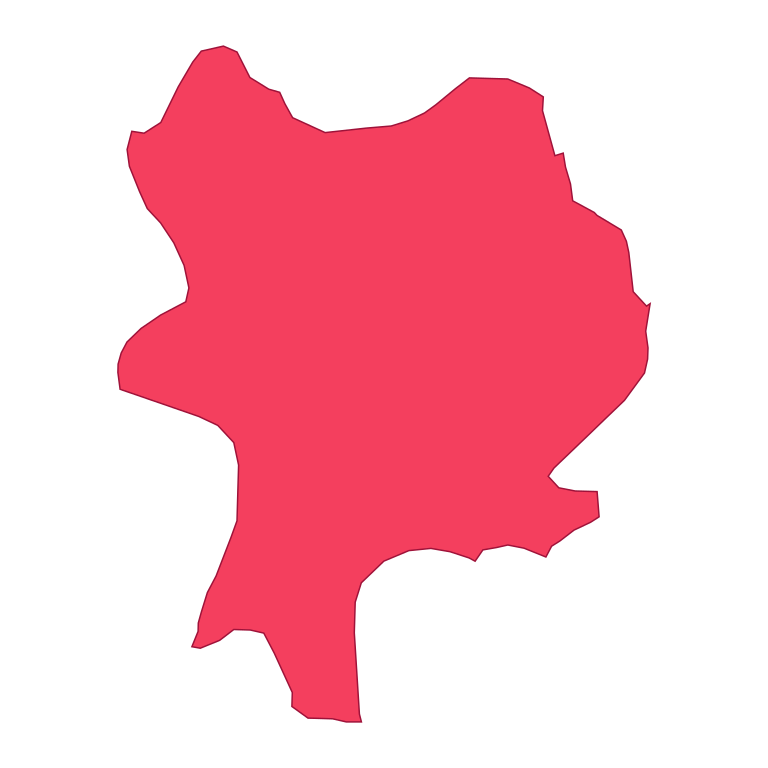 the district of Minuf City, Al Minufiyah, Egypt
{"feature_id": "37247803B55746965305944", "entity_name": "Minuf City", "entity_type": "district", "adm_level": 2, "iso_a3": "EGY", "parent_name": "Egypt", "parent_adm1": "Al Minufiyah", "projection": "robinson", "projection_center": [30.931, 30.462], "detail": "fine", "context": "isolated", "style": "filled", "palette": "rose", "viewbox_px": 768, "rotation_deg": 0, "n_neighbors": 0, "source": "geoboundaries", "source_scale": "gbopen_adm2", "svg_char_len": 1499}
<svg xmlns="http://www.w3.org/2000/svg" viewBox="0 0 768 768"><path d="M545.9,557.0L551.6,546.2L560.0,540.9L574.0,530.1L590.7,522.2L599.1,516.8L597.1,491.6L575.2,491.0L558.8,487.8L548.2,476.3L553.9,468.1L559.5,462.7L570.8,451.9L587.8,435.6L604.7,419.3L624.5,400.3L644.5,373.0L647.6,359.1L648.0,347.9L645.7,331.2L650.1,303.7L646.5,306.1L633.2,291.7L628.8,252.5L626.4,241.3L621.3,230.0L597.0,215.4L594.3,212.5L572.7,200.8L570.5,184.0L565.5,167.1L563.2,153.1L554.9,155.7L542.5,110.7L543.3,96.9L529.4,88.0L507.8,79.0L469.4,77.9L455.4,88.7L435.7,104.9L424.5,113.0L407.8,120.9L391.2,126.0L366.4,128.1L325.1,132.6L292.6,117.7L284.8,103.6L279.7,92.3L268.8,89.2L249.9,77.5L237.0,52.0L223.4,46.1L201.3,51.1L192.8,62.0L178.3,86.7L160.8,122.5L144.1,133.2L131.8,131.3L127.1,149.5L129.4,166.3L139.6,191.7L147.3,208.6L160.6,222.9L173.8,242.8L184.1,265.4L188.9,287.9L185.8,301.8L160.7,315.0L141.1,328.4L127.0,342.0L121.2,353.0L118.1,364.1L117.9,372.5L120.1,389.3L131.2,393.1L198.9,416.5L217.8,425.4L233.8,442.6L238.6,465.1L237.0,520.8L231.0,537.4L216.1,576.0L207.4,592.5L201.4,611.9L198.3,623.0L198.1,631.4L191.9,646.7L200.3,648.2L219.7,640.3L233.8,629.5L250.2,630.0L263.8,633.1L274.2,653.0L292.3,692.5L291.9,706.5L308.0,718.1L316.2,718.3L332.6,718.8L346.2,721.9L361.4,721.9L359.4,714.0L354.3,632.8L355.2,602.2L361.3,582.8L383.9,561.1L408.9,550.6L430.9,548.4L450.0,551.7L469.0,557.9L475.1,561.2L482.9,549.9L496.7,547.5L507.8,545.0L524.1,548.2L545.9,557.0Z" fill="#f43f5e" stroke="#9f1239" stroke-width="1.5"/></svg>